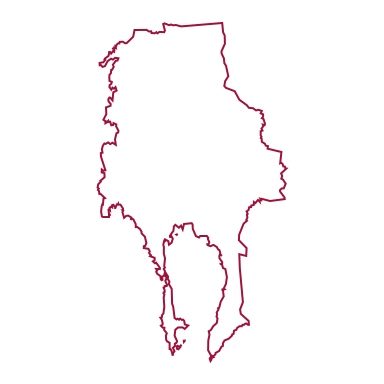 Rizal, Rizal, Philippines
{"feature_id": "2640588B36426397400836", "entity_name": "Rizal", "entity_type": "district", "adm_level": 2, "iso_a3": "PHL", "parent_name": "Philippines", "parent_adm1": "Rizal", "projection": "robinson", "projection_center": [121.216, 14.557], "detail": "fine", "context": "isolated", "style": "outline", "palette": "rose", "viewbox_px": 384, "rotation_deg": 0, "n_neighbors": 0, "source": "geoboundaries", "source_scale": "gbopen_adm2", "svg_char_len": 6032}
<svg xmlns="http://www.w3.org/2000/svg" viewBox="0 0 384 384"><path d="M99.6,62.9L99.7,65.3L100.9,65.1L102.5,66.9L105.0,66.1L107.6,61.1L111.1,58.7L112.9,59.6L115.2,57.8L118.4,58.3L117.5,60.5L115.8,60.8L112.9,64.7L113.7,66.8L112.1,69.8L111.2,69.9L110.9,73.2L109.5,74.8L109.3,76.9L109.5,81.0L111.8,81.9L111.4,83.7L109.7,85.0L109.4,87.0L111.3,89.7L112.5,87.7L114.0,88.7L115.5,87.1L116.6,90.6L113.3,92.3L112.5,100.4L110.3,97.7L109.4,97.5L108.3,99.3L108.6,101.5L110.7,104.0L110.5,105.8L106.0,107.4L106.3,114.2L103.4,119.8L105.5,121.3L105.4,123.2L106.1,122.8L106.1,121.4L107.3,122.1L108.3,120.7L108.9,122.0L110.1,121.7L111.3,125.3L113.1,125.0L113.5,123.1L116.3,124.4L116.1,126.3L118.4,130.6L118.2,132.5L116.5,133.2L115.0,139.3L115.8,144.8L112.5,142.7L110.2,144.1L108.1,142.4L105.7,143.9L104.4,143.5L102.8,145.8L101.9,149.4L102.5,152.7L100.8,153.1L101.0,156.7L105.4,170.3L103.4,170.7L101.8,169.5L101.7,172.4L104.4,173.1L104.6,177.2L100.3,180.9L100.8,181.6L98.2,184.3L97.6,187.5L98.8,188.5L97.9,189.9L98.9,190.8L99.4,194.0L100.4,193.8L105.0,198.1L103.5,198.6L102.9,204.6L102.3,204.4L101.6,206.9L101.1,211.6L101.9,216.4L103.0,217.0L109.0,217.0L109.0,214.6L110.3,215.7L108.8,212.8L108.5,209.6L109.1,209.1L109.9,210.0L109.6,207.7L111.0,206.7L112.2,207.4L112.1,205.2L113.4,204.8L115.2,207.4L115.0,208.8L116.8,204.4L117.9,204.6L118.3,203.7L118.6,204.6L120.5,204.7L122.9,208.4L123.1,209.7L122.4,210.0L123.2,210.6L122.4,212.1L124.1,217.8L126.2,215.9L128.2,215.6L131.3,217.5L130.8,219.9L131.8,218.5L133.4,219.4L135.7,224.1L135.8,227.1L137.2,227.0L139.7,228.8L141.5,231.5L141.6,233.4L144.9,236.7L146.4,243.1L145.1,246.0L143.8,246.2L143.8,248.1L148.4,248.8L149.8,251.4L149.0,253.0L150.9,255.2L150.0,256.2L154.6,257.8L154.7,260.0L152.9,261.4L155.0,263.3L156.1,262.6L159.9,267.9L159.8,269.1L156.1,268.9L157.1,270.5L156.2,271.8L157.3,273.9L160.6,276.2L160.5,277.8L161.9,278.7L161.0,279.4L161.6,280.2L162.5,279.8L162.2,276.7L164.0,275.7L164.8,273.0L164.9,271.0L163.7,269.0L164.9,267.6L164.2,266.2L165.0,258.3L163.8,253.4L163.9,247.0L163.3,244.9L163.8,242.2L165.4,240.8L164.3,240.5L164.9,239.3L168.3,241.1L169.0,244.7L171.6,242.7L172.8,238.6L171.9,237.1L170.1,237.0L169.9,235.7L170.4,235.2L171.9,236.8L171.0,235.5L171.1,234.0L173.4,230.9L173.9,226.4L175.3,224.8L178.9,227.7L181.0,225.6L182.7,229.4L184.0,224.0L191.7,223.2L192.6,224.5L192.8,228.9L195.9,236.1L199.0,237.5L200.2,236.0L206.8,236.0L208.2,237.8L207.9,239.1L209.3,242.1L208.6,244.0L207.3,244.3L207.7,245.1L210.5,246.2L213.4,244.9L216.8,247.0L218.1,249.4L219.4,250.1L220.3,253.1L219.9,254.5L222.1,255.7L219.8,254.6L219.3,256.2L219.5,258.3L222.2,262.1L222.1,263.5L220.8,264.0L222.2,265.1L223.0,268.0L225.4,269.1L226.9,277.2L225.9,284.0L223.8,288.4L224.6,289.2L222.4,289.4L222.4,290.0L224.1,290.5L223.0,290.5L223.7,296.4L220.7,301.7L219.2,307.7L218.0,308.3L218.5,309.4L216.7,312.5L217.1,314.7L216.5,316.6L217.5,318.4L216.8,323.0L213.3,326.1L210.8,330.1L208.7,331.3L209.5,334.6L208.3,340.5L208.1,350.2L210.7,355.0L212.5,356.2L214.0,355.7L215.4,354.3L215.6,352.9L219.1,351.0L221.4,346.8L222.9,345.9L222.9,343.2L224.5,340.5L228.9,338.6L231.9,335.7L232.2,334.4L233.6,333.8L234.0,330.7L236.4,329.8L236.8,328.3L239.3,326.3L241.8,326.2L242.5,324.8L243.8,324.9L245.3,323.6L246.2,323.5L247.7,324.6L248.3,324.8L248.9,324.8L248.6,320.9L240.8,313.9L240.1,309.4L242.9,302.2L239.8,268.0L239.3,254.2L246.2,255.9L246.6,248.1L238.9,240.2L239.2,234.6L243.6,223.7L247.0,220.7L246.3,219.9L247.4,217.6L246.9,214.6L247.7,213.9L246.6,211.4L248.5,210.1L249.2,207.2L251.1,207.1L251.3,205.5L253.8,204.9L253.9,202.0L255.4,203.1L258.0,199.9L259.5,201.5L259.3,200.6L261.0,200.4L260.5,199.1L261.4,199.6L261.5,198.8L270.1,201.0L284.7,199.1L284.5,197.4L280.1,191.6L279.9,190.2L281.8,188.4L283.7,188.4L285.7,183.7L282.9,179.5L281.3,178.7L282.2,176.0L281.1,173.4L286.4,168.5L285.3,168.3L284.9,166.6L283.3,166.4L282.6,164.0L281.1,162.7L280.2,163.2L281.4,152.0L267.6,148.7L267.9,146.1L265.8,145.7L264.9,143.7L261.8,141.8L261.7,138.8L260.8,138.0L261.5,136.7L260.7,135.4L260.7,131.2L262.5,130.6L261.5,128.6L263.3,126.2L262.8,124.6L264.6,125.1L265.0,123.8L263.5,119.0L261.9,118.2L263.1,116.7L263.1,114.3L260.7,113.4L261.8,110.9L258.4,109.8L256.0,110.4L253.0,108.2L248.9,107.8L246.7,105.1L239.4,99.8L234.7,91.2L226.0,87.9L224.3,86.0L225.2,81.1L228.3,76.3L226.0,65.7L224.4,63.3L223.9,58.4L221.6,53.5L221.5,51.3L224.9,43.7L224.7,35.6L223.1,32.3L222.2,23.0L181.1,26.4L175.9,25.0L173.0,25.3L171.0,24.5L169.2,25.2L164.5,23.4L163.2,24.0L164.9,30.5L164.2,32.2L159.5,31.9L157.4,33.3L156.4,32.2L154.7,33.3L151.5,33.0L151.2,31.3L149.0,31.5L146.6,29.9L134.5,30.0L133.2,36.7L126.7,43.1L125.2,43.3L122.8,41.7L119.7,41.9L119.4,43.4L118.3,43.3L116.7,44.6L116.1,46.4L115.5,46.1L115.9,48.2L114.4,47.6L114.5,49.4L113.7,48.1L113.0,48.5L114.4,50.7L114.2,51.8L113.0,51.2L111.1,53.6L110.2,52.1L109.2,52.0L108.6,55.8L105.0,58.5L104.5,59.3L105.2,59.9L103.3,62.3L99.6,62.9ZM171.7,288.9L168.9,284.1L169.4,281.6L167.8,279.0L168.0,276.6L166.0,273.4L165.4,276.3L166.7,277.6L165.3,281.0L167.1,285.0L166.7,286.0L164.7,286.0L164.5,287.2L163.6,287.6L164.7,290.4L164.6,292.1L163.7,292.4L163.5,293.4L164.4,294.4L163.7,297.4L164.3,306.8L163.4,313.6L162.1,315.0L161.8,317.5L160.4,317.7L161.9,320.0L162.7,323.5L162.5,324.7L160.9,325.7L162.7,327.6L164.4,327.7L164.1,329.8L166.8,333.3L165.9,335.8L166.2,339.7L166.9,341.2L169.6,342.8L169.6,349.1L170.7,349.2L171.8,351.6L172.7,355.7L173.1,353.1L174.5,351.2L172.9,347.9L174.8,346.0L174.9,343.6L176.4,342.9L177.1,341.2L174.6,335.7L175.3,329.8L178.0,327.5L182.6,327.4L184.7,328.9L188.2,325.5L184.8,324.4L184.2,320.8L183.0,319.6L181.8,319.9L180.1,318.6L179.0,319.7L177.5,318.7L176.5,319.4L174.6,318.1L173.2,306.8L172.1,303.6L171.7,288.9ZM180.1,347.3L177.7,345.8L176.6,346.3L177.1,348.9L178.4,349.3L180.1,347.3ZM210.5,361.0L211.4,359.7L210.9,356.7L209.7,358.6L210.5,361.0ZM213.0,357.4L211.8,357.0L211.8,358.0L213.0,357.4ZM183.9,341.9L184.6,341.2L184.7,340.6L183.8,340.7L183.9,341.9ZM176.7,234.9L177.6,234.0L176.3,234.6L176.7,234.9ZM180.6,345.7L181.1,345.5L181.2,344.7L180.6,345.7Z" fill="none" stroke="#9f1239" stroke-width="2"/></svg>